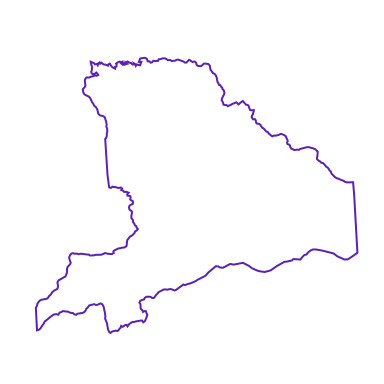 outline of Bodoquena, Mato Grosso do Sul, Brazil, rotated 267°
{"feature_id": "56859067B40627411909048", "entity_name": "Bodoquena", "entity_type": "district", "adm_level": 2, "iso_a3": "BRA", "parent_name": "Brazil", "parent_adm1": "Mato Grosso do Sul", "projection": "albers", "projection_center": [-56.688, -20.537], "detail": "fine", "context": "isolated", "style": "outline", "palette": "violet", "viewbox_px": 384, "rotation_deg": 267, "n_neighbors": 0, "source": "geoboundaries", "source_scale": "gbopen_adm2", "svg_char_len": 5953}
<svg xmlns="http://www.w3.org/2000/svg" viewBox="0 0 384 384"><g transform="rotate(267 192 192)"><path d="M324.8,132.4L324.2,131.0L322.6,131.1L322.7,129.4L324.0,128.1L324.4,129.5L325.8,129.5L325.2,127.9L326.0,126.8L325.5,125.0L324.2,122.9L322.9,123.4L321.3,123.1L321.0,121.7L319.2,121.6L319.8,120.4L321.1,118.7L323.0,117.4L324.5,116.6L323.7,115.1L322.5,114.7L323.7,112.5L323.9,110.7L324.8,109.4L325.9,108.4L324.9,107.0L326.2,106.5L325.5,105.2L323.5,104.5L324.9,103.7L324.5,101.7L325.9,100.8L326.6,99.2L327.4,97.7L326.0,97.8L321.5,98.8L318.7,98.3L317.5,97.7L315.9,97.9L314.8,99.2L315.4,101.5L316.3,102.7L314.9,103.9L313.6,104.4L313.1,102.8L313.4,100.8L312.7,99.2L312.5,97.1L311.7,95.4L311.9,92.6L309.9,91.0L307.8,90.8L304.2,91.2L302.5,90.5L300.3,88.3L297.3,88.6L295.4,89.5L294.1,91.2L293.3,92.9L292.4,94.3L291.1,95.3L287.2,96.8L285.0,98.2L283.4,98.7L281.6,100.6L280.3,101.3L278.8,101.9L275.3,102.4L273.4,104.0L272.9,105.5L272.6,106.8L272.0,108.0L271.0,108.8L269.8,109.2L268.6,109.4L267.3,109.9L263.7,110.3L261.7,109.9L259.4,110.6L256.8,110.6L254.7,109.9L253.1,110.0L251.7,109.6L250.5,109.0L249.4,108.1L213.7,108.5L200.9,109.5L200.4,111.6L201.5,112.8L201.1,114.0L200.9,116.1L200.3,117.4L199.8,118.7L200.2,121.3L199.2,122.4L197.7,121.4L197.0,123.2L195.6,124.3L195.6,126.6L194.6,128.7L193.2,127.2L191.8,127.3L191.1,130.2L189.6,130.4L187.9,129.9L186.9,130.7L186.1,132.3L184.7,132.6L183.2,132.2L182.4,130.1L181.3,128.7L179.9,128.3L178.2,128.5L177.0,129.3L176.4,130.5L175.3,131.1L173.6,130.8L171.9,130.3L169.5,130.0L167.8,131.0L166.7,131.6L165.0,131.6L163.7,132.6L161.6,133.3L160.8,134.6L159.3,134.9L157.8,136.0L156.2,134.4L155.6,133.0L154.3,132.6L153.3,131.6L152.2,130.6L151.5,129.4L150.7,127.7L149.1,126.4L147.3,124.8L141.5,123.8L140.2,121.9L140.0,119.0L139.6,117.3L139.5,115.6L137.8,111.6L136.9,110.4L135.1,110.6L134.2,108.7L134.4,106.8L134.8,104.5L135.6,101.9L134.8,100.1L134.1,98.0L134.3,92.7L133.9,90.6L133.9,87.0L135.0,85.3L135.1,83.6L135.8,80.1L136.2,77.8L135.8,75.7L136.4,74.0L136.6,71.3L137.1,70.1L136.9,68.5L135.5,67.1L133.2,65.9L131.4,66.1L129.5,66.6L127.8,67.2L126.1,66.4L124.6,64.8L123.3,63.7L121.8,63.1L119.4,63.1L117.7,62.8L116.1,62.1L114.3,61.2L110.8,54.2L108.9,52.9L105.0,53.3L102.7,52.7L101.8,51.6L100.8,49.1L99.2,47.2L97.1,45.7L95.4,43.7L94.0,42.8L93.1,41.7L92.6,38.9L92.3,36.0L91.5,34.3L89.3,32.2L86.1,31.0L84.6,30.0L62.0,30.0L62.5,31.9L63.7,33.5L66.5,35.5L68.1,36.9L70.5,38.2L71.3,39.5L74.9,44.4L76.9,47.5L77.1,50.2L76.5,52.2L78.5,53.4L78.8,54.9L79.8,56.7L79.0,61.9L77.7,64.3L77.4,66.6L76.1,68.0L75.4,69.8L76.4,71.2L77.0,76.5L77.8,78.3L79.0,79.4L80.7,80.2L81.8,81.5L84.1,83.5L85.1,88.4L84.4,89.7L84.2,91.3L85.5,94.8L84.4,96.7L81.8,97.8L78.4,98.3L76.9,98.6L73.7,98.9L72.4,99.0L70.1,98.6L65.1,100.3L60.3,100.8L58.1,101.3L56.4,102.1L55.5,103.2L56.7,104.6L57.3,107.0L57.5,108.9L57.1,110.5L58.1,111.6L59.3,112.5L60.3,113.7L62.0,114.3L61.0,115.8L62.5,118.0L62.7,119.8L61.2,120.5L63.4,122.4L64.4,124.0L65.3,125.7L65.3,127.7L65.8,129.5L65.9,131.9L66.3,133.8L66.3,135.4L64.4,136.5L65.5,138.2L68.9,139.9L71.4,140.9L75.5,139.6L75.5,138.1L74.8,136.8L76.6,136.2L78.4,134.6L82.6,134.7L84.1,133.7L86.0,134.6L86.8,136.3L87.2,138.5L88.7,139.2L89.8,141.2L89.7,143.3L89.5,145.0L88.4,146.5L88.1,147.9L88.9,149.1L91.3,150.9L92.2,152.1L93.7,153.3L96.1,158.6L96.1,160.7L95.7,162.2L96.1,164.0L96.2,165.7L95.6,167.3L94.6,169.4L95.1,171.0L97.6,174.7L98.6,176.4L100.0,178.3L99.4,180.1L100.2,182.4L100.8,185.5L102.6,190.6L104.0,192.9L107.7,201.2L110.8,204.1L116.7,212.0L116.3,214.3L115.1,216.1L114.8,219.2L118.2,226.4L117.3,229.7L118.6,239.2L115.1,245.2L112.6,248.1L109.6,254.2L108.3,260.3L109.6,266.4L113.7,273.0L117.4,280.6L117.5,282.9L118.4,288.1L119.7,289.7L118.9,296.7L121.3,298.8L123.2,300.9L123.6,303.1L124.8,304.0L126.4,305.9L127.5,307.6L128.3,309.9L128.1,312.9L126.6,319.3L123.2,330.2L120.2,333.7L116.6,340.7L116.6,344.1L119.5,349.1L122.7,354.0L180.4,353.8L193.3,353.4L193.5,347.1L194.1,345.3L195.4,343.6L196.2,341.6L197.6,339.1L198.2,337.2L199.2,335.7L203.0,332.3L205.2,331.6L206.5,330.4L208.1,329.6L209.4,328.7L210.2,327.4L212.8,325.5L214.0,324.4L214.5,322.6L215.8,321.5L216.6,320.2L218.1,318.7L219.5,318.5L221.5,319.1L225.7,319.7L228.3,317.2L229.3,315.2L229.6,313.9L230.4,312.0L230.8,310.0L230.5,307.9L229.3,302.3L228.5,300.9L228.8,298.9L228.5,296.2L229.6,294.8L230.1,293.4L231.7,292.5L233.3,292.3L234.2,291.4L234.9,289.8L236.3,289.5L237.7,290.2L239.3,290.0L241.0,289.1L242.6,288.7L243.7,287.5L244.8,285.5L245.4,283.8L244.5,281.6L243.9,278.8L244.0,276.7L243.4,275.0L244.8,273.4L246.2,271.9L247.5,271.2L248.6,269.3L250.7,267.7L251.7,266.8L252.7,265.4L254.3,264.4L255.5,263.9L256.6,262.3L257.0,260.1L258.5,259.6L260.2,259.4L261.4,258.7L261.4,256.7L263.7,255.5L265.3,256.0L266.3,256.9L268.1,257.3L269.3,257.9L270.6,258.0L270.5,255.8L270.7,254.4L273.4,253.4L275.3,253.0L276.1,251.8L276.4,250.5L280.2,247.5L279.2,245.9L277.0,242.9L278.1,242.2L279.3,240.8L278.4,239.0L278.0,237.1L276.9,235.3L276.5,233.8L275.8,232.3L276.9,231.2L277.2,229.4L277.6,228.0L279.3,227.7L281.0,227.1L282.2,226.4L283.7,226.8L285.9,227.9L287.8,229.1L289.6,229.6L292.1,228.9L293.1,227.9L294.6,227.6L295.6,226.6L297.1,225.9L297.6,224.6L299.0,224.2L300.6,223.2L305.3,222.6L307.2,221.9L308.7,220.8L309.8,219.1L313.1,216.9L315.7,216.5L317.4,216.4L319.0,214.9L319.5,212.1L319.6,210.7L317.3,207.8L317.4,205.6L317.8,204.1L319.1,203.1L320.7,203.0L322.2,201.5L321.8,199.2L323.1,197.7L324.2,196.0L321.5,193.1L321.7,191.5L322.7,190.4L325.0,185.0L324.8,183.6L324.0,181.9L323.9,178.6L324.9,177.3L324.9,175.9L325.1,174.5L326.0,173.6L326.9,171.8L327.0,169.8L326.3,167.3L326.3,165.7L324.8,165.0L324.6,162.7L325.1,160.3L323.7,159.1L323.3,157.5L324.6,156.7L324.8,154.6L327.1,154.0L328.3,152.6L328.5,151.2L328.0,147.2L324.7,145.8L324.6,148.2L322.9,147.4L321.3,146.9L321.6,145.4L322.3,143.6L320.9,142.5L322.7,142.0L323.7,140.5L322.4,140.7L322.4,139.3L324.0,137.8L324.3,136.4L325.7,134.5L324.8,132.4ZM324.8,132.4L323.4,133.9L323.2,132.4L324.8,132.4Z" fill="none" stroke="#5b21b6" stroke-width="2"/></g></svg>